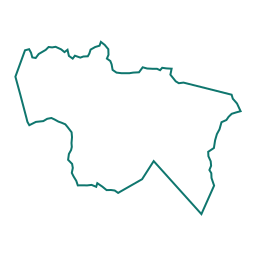 Jacuípe, Alagoas, Brazil
{"feature_id": "56859067B28231975677690", "entity_name": "Jacuípe", "entity_type": "district", "adm_level": 2, "iso_a3": "BRA", "parent_name": "Brazil", "parent_adm1": "Alagoas", "projection": "mercator", "projection_center": [-35.457, -8.891], "detail": "fine", "context": "isolated", "style": "outline", "palette": "teal", "viewbox_px": 256, "rotation_deg": 0, "n_neighbors": 0, "source": "geoboundaries", "source_scale": "gbopen_adm2", "svg_char_len": 1349}
<svg xmlns="http://www.w3.org/2000/svg" viewBox="0 0 256 256"><path d="M25.0,50.3L15.4,76.7L20.2,94.3L26.4,117.8L27.4,121.8L29.3,125.2L35.9,121.9L43.3,121.1L47.2,118.8L51.4,118.0L54.6,119.5L58.4,121.6L61.5,122.7L65.3,124.3L67.7,127.2L71.6,132.3L72.0,137.2L71.5,143.1L71.8,146.9L71.1,150.0L68.9,154.0L68.1,159.8L72.1,163.9L72.8,167.9L71.8,172.9L73.5,176.3L76.3,180.9L77.8,185.4L81.7,185.3L87.2,185.4L91.6,184.9L96.2,186.8L97.3,183.2L102.3,186.6L106.6,190.1L111.0,190.0L114.7,190.5L118.1,192.9L142.1,179.2L153.7,161.1L201.4,214.1L214.1,185.6L211.5,178.0L211.3,173.2L209.4,170.0L211.1,165.8L210.7,161.3L208.4,156.2L208.2,151.8L213.9,148.0L215.1,140.3L216.9,134.1L219.5,129.3L221.5,122.2L226.4,120.0L228.6,116.8L231.7,113.8L236.2,112.4L240.6,111.2L237.0,103.5L232.8,98.7L231.6,94.7L183.5,82.6L178.8,83.2L175.7,81.3L170.4,74.7L171.6,68.7L166.4,68.4L162.2,67.8L160.1,70.2L157.0,68.8L152.7,68.8L147.1,68.5L142.7,67.3L139.0,72.3L133.2,72.6L129.4,73.2L126.2,73.2L121.5,73.2L116.5,72.6L112.6,69.9L111.6,64.3L110.3,61.0L106.9,58.6L108.5,54.8L108.3,49.2L104.7,44.9L100.9,41.9L99.5,45.7L95.2,47.0L90.6,49.6L89.3,53.6L87.8,56.3L83.4,56.5L80.3,57.6L74.9,55.7L72.7,58.6L68.9,55.9L67.5,49.8L64.5,52.1L61.2,49.4L55.6,46.8L52.1,47.4L48.6,47.0L45.7,49.9L38.7,54.0L35.7,58.0L32.3,57.4L31.0,52.7L29.1,49.2L25.0,50.3Z" fill="none" stroke="#0f766e" stroke-width="2"/></svg>